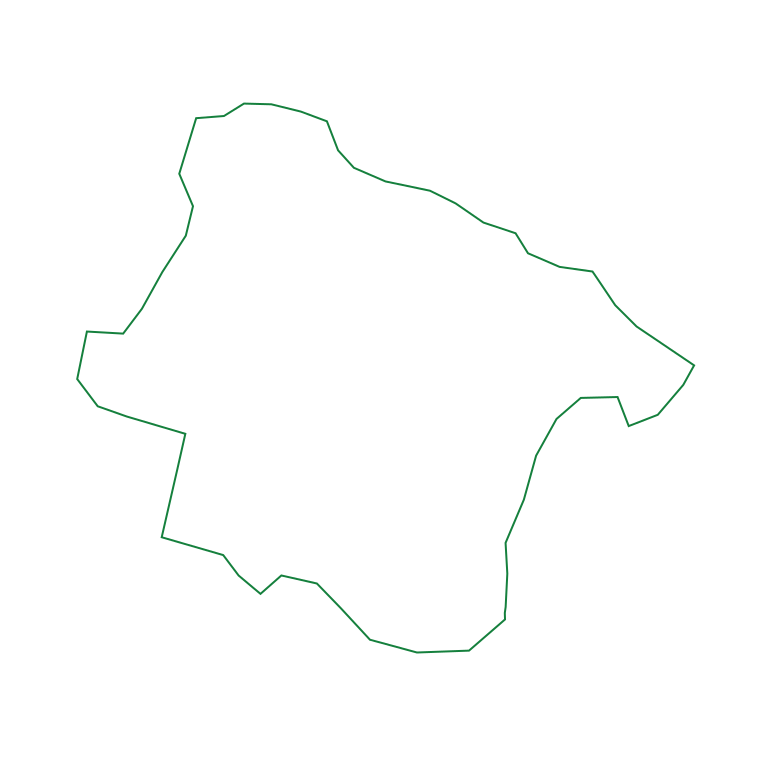 Gwangsan-gu, South Jeolla, South Korea (Mercator projection), rotated 278°
{"feature_id": "91817680B16538338684661", "entity_name": "Gwangsan-gu", "entity_type": "district", "adm_level": 2, "iso_a3": "KOR", "parent_name": "South Korea", "parent_adm1": "South Jeolla", "projection": "mercator", "projection_center": [126.761, 35.15], "detail": "fine", "context": "isolated", "style": "outline", "palette": "green", "viewbox_px": 768, "rotation_deg": 278, "n_neighbors": 0, "source": "geoboundaries", "source_scale": "gbopen_adm2", "svg_char_len": 860}
<svg xmlns="http://www.w3.org/2000/svg" viewBox="0 0 768 768"><g transform="rotate(278 384 384)"><path d="M445.6,688.5L476.1,626.1L494.2,602.0L515.7,582.7L524.4,574.8L524.4,541.6L533.5,508.4L551.6,493.3L557.7,460.0L572.8,429.8L581.8,402.6L584.8,357.3L593.9,324.1L609.0,306.0L636.2,290.9L642.2,263.7L645.3,233.5L642.2,206.3L627.1,188.2L621.1,161.0L612.2,159.6L563.7,152.0L533.5,170.1L503.3,167.1L464.0,148.9L424.8,133.8L397.6,118.7L394.6,82.5L346.2,79.5L322.1,103.6L316.0,133.8L307.0,194.2L270.7,191.2L201.3,185.2L192.2,248.6L174.1,266.7L164.4,282.2L159.0,290.9L180.1,309.0L177.1,345.3L156.0,372.4L128.8,405.7L122.7,454.0L131.8,505.3L167.7,536.6L174.1,535.5L180.1,535.5L213.4,532.5L243.6,526.5L288.9,538.6L334.2,544.6L373.4,559.7L397.6,580.8L403.6,617.1L376.4,632.2L391.6,659.4L424.8,680.5L445.6,688.5Z" fill="none" stroke="#15803d" stroke-width="2"/></g></svg>